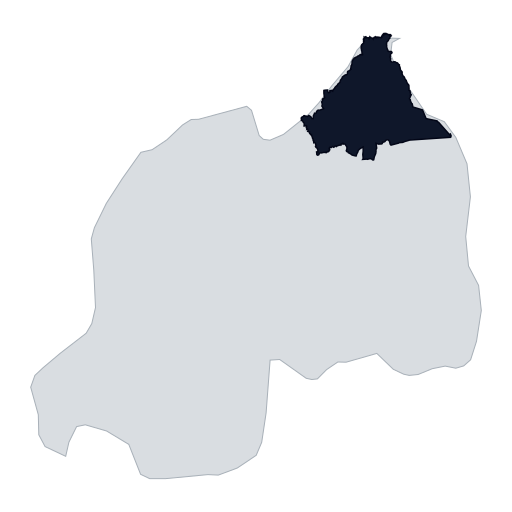 Nyagatare, Eastern, Rwanda shown in context
{"feature_id": "39286606B31387731734731", "entity_name": "Nyagatare", "entity_type": "district", "adm_level": 2, "iso_a3": "RWA", "parent_name": "Rwanda", "parent_adm1": "Eastern", "projection": "robinson", "projection_center": [30.27, -1.298], "detail": "fine", "context": "in_parent", "style": "filled", "palette": "ink", "viewbox_px": 512, "rotation_deg": 0, "n_neighbors": 0, "source": "geoboundaries", "source_scale": "gbopen_adm2", "svg_char_len": 6863}
<svg xmlns="http://www.w3.org/2000/svg" viewBox="0 0 512 512"><path d="M191.2,119.5L198.5,119.3L246.7,106.3L251.5,110.3L259.2,135.6L263.3,139.3L270.0,140.2L283.5,134.4L308.3,114.6L319.1,102.6L331.9,85.7L348.1,66.6L357.2,50.0L366.1,40.3L377.7,37.4L390.5,38.1L399.5,38.4L392.1,42.4L390.6,54.6L399.1,74.1L426.7,114.3L444.3,121.7L455.8,137.4L467.0,163.8L470.4,196.8L465.7,236.5L468.5,266.0L478.6,285.4L481.3,310.5L476.5,341.3L470.6,359.8L463.7,365.9L455.8,368.2L445.2,366.1L432.2,368.7L418.1,374.5L409.2,375.4L403.7,374.2L393.3,369.3L376.8,353.4L346.1,362.2L337.8,362.0L326.6,369.6L317.4,378.9L311.8,379.5L306.2,378.3L279.7,359.5L270.1,360.1L266.1,412.9L261.7,442.3L256.2,455.3L237.3,468.0L218.3,475.1L207.9,474.6L166.0,478.6L149.6,478.6L140.6,474.3L128.8,444.4L106.6,431.0L85.3,424.8L76.6,426.6L68.9,442.2L65.7,456.3L45.1,446.6L38.8,434.8L38.3,414.7L30.7,387.2L34.9,375.4L43.0,367.8L60.2,353.3L86.2,333.2L91.8,323.6L95.5,307.6L93.8,270.3L91.3,238.9L94.4,227.7L106.3,203.4L122.3,178.6L140.9,152.3L152.1,149.7L166.9,139.8L182.5,125.0L191.2,119.5Z" fill="#d9dde1" stroke="#a8b0b8" stroke-width="1"/><path d="M325.7,152.2L326.3,152.6L326.7,152.2L326.7,152.4L327.0,151.8L327.5,151.9L327.8,151.7L328.3,151.7L329.0,151.1L329.0,150.7L329.7,149.9L329.5,149.5L329.6,149.3L329.2,148.7L329.4,147.9L329.6,147.7L329.7,147.8L330.1,147.5L330.1,147.3L330.6,147.3L330.8,147.3L331.1,147.3L331.0,147.5L331.3,147.5L331.8,146.9L332.3,146.8L332.5,146.5L332.8,146.5L333.5,147.2L333.8,147.3L334.9,146.1L335.8,145.9L336.2,146.6L336.4,146.6L337.2,145.8L337.8,145.7L338.0,145.5L338.9,145.4L340.4,144.8L340.9,145.2L341.0,145.1L340.8,144.4L341.0,144.1L341.3,144.2L341.6,143.9L341.8,144.0L342.7,144.0L343.0,143.3L343.6,144.0L343.8,144.1L344.1,143.8L345.2,144.2L345.8,145.3L346.9,146.9L346.9,149.0L346.3,150.6L346.5,151.2L347.1,151.7L348.0,151.7L348.3,152.7L350.5,153.8L352.0,155.0L355.3,155.9L356.2,155.9L356.7,154.0L357.8,152.0L358.2,150.6L358.6,150.0L360.3,148.5L363.1,147.0L363.2,151.1L362.8,154.5L363.2,158.5L362.7,159.4L366.4,159.1L367.5,159.3L369.6,158.7L370.7,158.7L371.6,159.0L372.6,159.9L373.3,160.0L373.7,159.8L374.3,156.8L375.7,153.6L376.0,151.4L375.9,149.8L376.7,148.1L376.0,143.3L378.5,144.1L381.8,143.9L382.4,143.2L382.5,142.1L383.2,142.2L384.7,141.7L385.1,141.3L385.6,140.5L386.8,139.8L387.9,139.8L389.0,140.6L389.6,141.7L390.2,144.2L391.0,145.1L398.6,143.1L399.6,142.5L400.1,142.6L402.7,142.4L404.8,141.5L409.0,140.3L409.1,140.1L450.6,137.3L450.6,136.4L451.1,136.1L451.1,135.9L450.4,134.0L450.2,134.1L449.9,135.1L438.7,122.4L437.3,121.5L437.1,120.9L426.1,118.6L422.5,109.9L413.9,107.3L412.9,107.0L412.6,106.7L412.7,106.0L412.2,103.8L411.5,103.3L410.4,100.8L410.4,100.1L410.3,99.7L409.7,99.3L409.4,98.8L409.6,98.2L410.5,96.4L410.3,95.3L410.5,95.1L411.1,95.1L411.2,94.6L410.6,94.2L410.0,90.9L409.6,90.5L408.9,90.2L408.9,89.5L409.0,88.8L408.9,85.4L408.5,84.6L407.4,83.5L406.5,81.4L406.3,80.6L404.7,78.5L404.6,77.8L404.0,76.7L402.9,75.8L402.6,75.2L402.0,73.2L402.2,72.1L401.8,71.5L400.5,70.1L400.0,67.3L399.3,65.8L399.4,64.8L398.5,64.3L397.5,62.9L396.9,62.9L396.1,62.5L395.3,61.9L394.6,61.8L393.9,61.7L393.0,62.1L392.2,62.2L390.9,61.5L390.6,60.8L390.5,59.8L390.7,58.8L390.0,57.0L390.4,56.2L390.3,54.9L390.7,53.9L391.8,53.1L392.0,52.3L391.2,51.5L388.6,51.5L388.1,51.2L387.9,50.2L387.4,49.4L386.8,47.6L386.6,46.4L386.7,45.2L386.4,43.9L386.7,43.2L386.7,42.1L388.1,40.8L389.2,38.6L389.9,38.1L389.9,37.2L390.1,36.7L391.2,35.8L390.7,35.3L390.7,34.8L390.5,34.7L390.2,34.9L390.2,35.3L389.9,35.4L390.0,34.9L390.0,34.6L389.3,34.6L389.1,34.9L388.4,34.8L387.7,34.1L387.4,34.2L386.3,33.7L386.1,33.7L386.1,34.0L385.9,33.4L385.6,33.4L385.4,33.7L385.6,34.0L385.3,34.0L385.3,33.7L385.0,33.6L385.0,34.0L384.9,34.1L384.7,33.5L384.4,33.5L384.0,33.8L383.7,33.6L383.2,34.1L383.4,34.7L383.2,34.7L383.1,35.3L382.9,35.2L383.0,34.6L382.5,34.9L382.1,35.8L382.7,35.9L381.8,36.1L381.5,36.9L381.7,37.3L381.3,37.4L381.3,37.7L380.5,37.7L379.8,37.3L378.6,37.5L378.3,37.2L377.9,37.5L377.5,37.1L377.1,37.3L376.3,37.0L376.1,37.0L376.0,37.4L375.6,36.8L375.3,37.1L375.5,37.4L374.8,37.6L374.6,37.6L374.8,37.2L374.5,37.1L374.0,37.5L373.9,37.9L373.5,38.4L373.2,38.3L373.1,38.7L372.9,38.3L372.5,38.4L372.1,38.1L371.9,38.1L371.9,38.5L371.8,38.2L371.1,37.9L370.8,37.4L370.1,37.2L369.8,36.8L369.4,37.6L368.7,38.0L368.8,38.3L369.3,38.5L369.1,39.1L368.8,38.9L368.7,38.6L368.4,38.6L368.4,38.1L368.1,37.7L367.4,37.8L367.2,38.1L367.3,38.3L366.9,37.9L366.4,37.8L366.4,37.4L366.0,37.4L366.0,37.0L365.8,36.7L365.1,37.0L364.8,37.7L364.2,37.2L364.2,37.5L364.5,38.1L364.1,38.1L364.0,38.3L364.3,38.8L364.2,39.0L363.5,39.0L363.4,39.7L363.5,40.1L363.9,40.1L364.0,40.7L363.8,41.1L364.0,41.5L363.5,41.8L363.6,42.3L363.5,43.4L363.3,43.6L362.5,43.9L362.2,44.5L361.7,44.8L361.8,45.2L361.3,45.8L361.4,46.6L361.2,46.9L361.5,47.1L361.2,47.8L361.2,48.4L361.3,48.8L361.5,48.9L361.5,50.2L361.9,51.2L361.9,52.0L362.1,52.4L362.0,52.9L362.4,53.7L362.6,54.7L362.3,54.8L361.8,54.3L361.4,54.6L361.3,54.4L360.4,54.6L360.0,54.8L360.0,55.0L359.5,55.3L359.1,55.7L357.8,56.1L356.6,57.1L355.7,57.3L355.5,57.7L354.2,58.0L353.9,58.7L353.2,59.3L352.1,61.5L352.0,63.9L351.3,66.0L351.1,66.0L351.0,67.6L350.7,68.3L350.7,68.9L350.9,69.3L350.5,69.4L350.0,70.1L349.1,70.9L348.4,71.0L347.7,71.5L347.5,72.2L347.5,73.6L347.2,74.4L346.7,74.8L346.1,74.7L344.8,75.2L342.3,77.1L342.0,78.3L340.5,80.2L339.9,82.4L339.4,82.9L339.0,83.1L337.7,84.3L337.2,85.7L336.8,85.7L336.3,86.1L335.1,87.3L334.8,87.8L334.6,88.7L333.7,89.1L333.2,89.6L332.7,91.2L331.5,90.4L329.9,90.7L329.8,92.4L328.4,92.7L327.7,91.3L327.5,90.0L324.8,90.2L323.9,90.4L323.9,93.3L324.4,97.1L324.7,97.7L322.6,99.0L322.6,100.6L321.7,101.9L322.3,104.2L321.9,106.1L323.6,108.7L319.7,110.2L318.2,110.1L317.9,110.2L316.6,111.4L316.4,112.8L315.3,113.3L314.5,113.2L314.1,114.5L313.5,115.3L313.2,118.6L312.5,118.5L312.0,118.7L311.5,118.1L310.8,116.7L308.8,115.5L308.0,116.3L307.5,116.5L306.9,116.2L305.6,116.4L304.9,115.7L303.9,115.7L303.6,116.0L303.5,116.4L301.8,117.2L301.3,117.8L301.2,118.3L301.4,118.9L301.4,120.5L302.5,120.6L303.3,122.3L303.8,122.7L304.2,123.6L304.3,124.5L304.1,125.0L304.1,126.0L305.5,125.8L306.1,125.5L306.5,125.8L306.7,126.4L306.4,126.7L306.3,127.7L307.0,128.8L306.9,129.2L307.5,128.9L307.6,129.0L308.1,130.9L307.8,131.4L309.5,131.9L309.4,132.8L309.8,133.6L310.3,133.7L310.5,134.3L311.1,134.8L311.4,134.7L311.3,135.3L311.8,135.8L312.4,137.5L312.5,138.2L313.2,139.2L313.0,140.0L313.7,140.7L313.5,140.9L313.8,142.6L314.2,142.3L314.5,142.4L314.7,142.8L315.5,143.3L315.7,144.6L316.1,145.6L315.6,146.1L315.5,146.5L315.9,147.2L317.4,148.5L318.1,151.4L318.1,151.8L317.6,151.6L316.6,151.9L316.5,152.0L316.8,152.5L316.7,153.1L316.8,153.5L316.7,154.1L316.9,154.6L317.1,154.6L317.4,155.1L317.9,155.2L318.2,154.9L318.7,154.7L318.7,154.4L319.2,154.0L319.3,153.4L320.6,152.7L321.2,152.9L321.3,152.7L322.7,152.7L323.9,152.3L325.0,152.5L325.0,152.3L325.7,152.2Z" fill="#0f172a" stroke="#020617" stroke-width="1.5"/></svg>